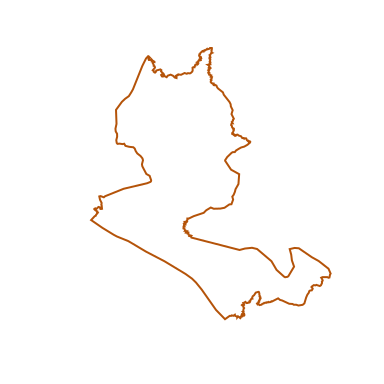 the district of Bueng Khong Long, Bueng Kan, Thailand, rotated 161°
{"feature_id": "78962969B81717267751176", "entity_name": "Bueng Khong Long", "entity_type": "district", "adm_level": 2, "iso_a3": "THA", "parent_name": "Thailand", "parent_adm1": "Bueng Kan", "projection": "albers", "projection_center": [104.048, 18.031], "detail": "fine", "context": "isolated", "style": "outline", "palette": "amber", "viewbox_px": 384, "rotation_deg": 161, "n_neighbors": 0, "source": "geoboundaries", "source_scale": "gbopen_adm2", "svg_char_len": 6018}
<svg xmlns="http://www.w3.org/2000/svg" viewBox="0 0 384 384"><g transform="rotate(161 192 192)"><path d="M296.5,198.3L288.4,187.3L279.9,177.0L277.5,174.4L268.2,166.3L254.9,150.6L240.5,135.4L224.8,116.6L220.2,110.1L217.7,105.1L214.6,96.6L207.7,72.7L202.2,61.0L196.7,62.6L195.3,62.1L194.5,62.4L193.3,61.5L191.4,62.0L191.5,60.8L189.9,59.5L190.1,58.7L189.0,59.5L187.4,57.0L186.8,57.4L186.9,58.1L186.3,58.1L185.0,59.7L184.5,58.1L183.7,58.6L182.9,58.2L182.5,58.6L182.4,59.6L183.1,59.6L183.5,60.3L182.6,60.5L182.9,61.7L182.4,62.0L182.8,62.5L182.3,62.6L181.4,64.6L180.5,65.3L180.9,66.7L180.5,67.5L181.1,68.1L180.2,68.2L180.7,69.0L179.5,68.9L179.6,70.2L179.1,70.0L178.6,70.5L177.2,70.7L176.8,69.3L175.3,68.9L174.6,69.3L173.6,68.8L173.0,69.2L173.0,70.1L172.1,70.2L171.6,71.1L170.5,71.7L169.6,71.5L169.5,72.5L168.6,73.6L166.9,74.2L164.5,76.1L161.8,76.0L161.4,75.8L161.3,74.3L161.8,72.9L161.7,71.7L162.2,71.1L161.7,70.1L162.1,69.6L161.7,69.7L161.8,69.0L163.1,68.1L163.5,67.3L164.2,67.3L164.6,66.8L164.5,66.2L165.2,66.1L165.3,65.6L166.8,65.4L166.6,64.3L165.5,64.3L165.0,63.1L162.9,62.8L161.9,63.4L160.5,63.2L159.9,63.7L158.6,63.3L157.8,63.5L157.5,63.0L155.7,63.2L155.6,62.8L153.7,62.4L152.5,62.8L152.2,62.4L145.2,63.4L143.9,61.3L142.1,60.1L136.5,54.7L133.4,53.4L132.5,52.3L130.2,51.5L128.3,50.0L124.1,49.3L122.0,50.1L118.4,55.1L116.3,57.4L114.4,58.7L113.4,60.1L112.4,60.4L110.8,60.0L109.6,61.0L109.3,61.5L110.0,63.1L109.8,63.5L107.2,64.3L105.6,63.5L104.7,63.7L101.8,61.5L100.5,61.8L98.7,63.6L98.3,65.1L97.3,65.6L97.2,66.6L97.7,68.9L96.3,69.0L91.7,67.4L90.9,66.5L89.9,66.4L88.3,69.1L87.5,69.7L87.9,75.0L94.7,85.5L99.9,91.3L109.3,104.0L113.2,105.7L118.2,106.2L118.6,100.4L119.8,94.8L119.8,88.2L128.2,81.1L129.3,80.7L131.7,81.1L132.5,82.0L137.4,90.8L139.4,100.7L149.0,116.9L153.4,119.7L160.3,121.3L165.9,121.7L207.4,149.1L207.4,150.9L207.0,151.0L207.4,151.4L208.1,151.4L208.3,150.9L208.9,151.3L208.4,151.8L209.2,152.9L208.7,154.5L209.7,154.5L209.6,155.0L210.1,155.2L209.3,155.5L209.1,156.3L210.1,156.2L210.4,155.6L210.4,156.1L211.0,156.0L210.8,156.6L210.3,156.7L210.4,157.4L211.1,157.6L210.8,157.8L211.1,158.2L211.1,159.7L211.9,160.3L211.2,161.5L211.4,161.8L211.0,162.3L210.5,162.1L210.7,162.7L210.0,164.0L208.8,163.3L208.3,164.3L209.0,164.8L208.0,165.0L208.4,165.6L207.6,165.5L207.8,165.9L206.7,165.6L206.1,165.9L206.2,166.8L205.1,167.4L205.0,168.4L203.4,168.0L198.2,168.6L187.7,168.5L184.5,170.1L179.3,171.2L176.9,169.1L170.6,167.1L166.4,166.5L160.7,168.1L158.7,167.6L155.6,171.4L155.4,174.5L153.5,175.8L151.3,178.3L150.0,180.4L145.5,184.4L141.6,193.5L147.8,200.4L150.5,210.7L150.3,211.3L147.3,213.6L141.7,216.2L140.5,216.4L138.5,215.8L136.9,216.9L133.8,217.6L131.0,218.1L127.8,217.9L124.2,218.6L121.7,219.6L121.8,220.2L121.1,219.9L120.6,220.4L120.9,221.2L122.1,221.1L122.2,222.2L122.7,222.2L123.2,223.2L123.3,225.0L125.0,225.8L125.4,225.5L125.8,226.3L126.9,226.6L127.5,228.7L129.6,230.3L130.2,231.4L131.4,231.6L132.1,231.0L132.8,231.0L132.8,231.4L133.1,231.3L133.7,232.0L133.4,232.7L133.8,233.3L134.5,233.2L135.1,233.8L134.9,234.4L134.2,234.3L134.2,235.0L133.2,235.7L132.6,237.0L132.2,237.0L131.8,238.2L132.6,238.6L132.5,239.2L133.0,239.9L132.8,241.8L133.2,242.4L132.8,243.3L132.1,244.0L131.2,243.7L131.5,245.3L130.0,246.1L129.8,246.9L128.6,247.6L129.3,252.8L126.9,256.1L127.4,260.3L126.9,262.4L127.2,264.8L130.3,273.7L130.3,276.1L133.8,281.6L134.3,283.6L134.2,284.6L135.7,286.2L136.2,285.7L136.7,286.0L137.0,287.4L136.6,287.7L138.0,288.5L138.5,290.0L137.9,291.1L137.4,291.2L137.6,292.2L136.7,292.5L136.6,293.2L136.1,293.5L136.5,294.3L136.0,294.5L136.4,294.9L136.1,295.4L136.6,295.4L136.1,296.2L136.5,297.1L137.5,297.2L137.8,299.3L137.0,299.4L137.3,300.0L136.6,301.1L136.9,301.7L136.3,301.8L136.3,302.2L135.6,302.2L135.6,302.9L134.1,303.2L134.2,303.8L135.5,304.3L134.9,304.9L134.8,306.1L135.6,307.1L133.2,306.7L133.2,307.6L133.6,307.8L133.3,308.2L132.9,307.9L132.8,309.3L132.4,309.2L132.5,310.0L131.6,311.1L132.1,312.4L131.8,313.1L131.3,313.0L131.3,313.6L130.7,313.6L130.8,315.7L129.9,315.8L129.0,316.9L127.7,317.0L128.2,317.5L127.4,319.2L127.5,319.8L126.6,320.7L126.4,321.7L128.1,322.3L128.9,321.8L130.5,321.8L131.1,321.9L131.2,322.4L133.3,321.6L134.0,322.0L134.4,321.5L135.7,321.8L135.7,321.2L136.6,321.6L138.7,320.8L139.5,319.8L140.1,319.9L140.9,318.6L140.7,317.1L139.9,317.2L139.6,316.6L139.7,316.0L140.0,316.2L140.7,315.5L140.5,315.3L141.4,315.1L140.6,314.3L140.7,313.8L143.3,313.9L143.8,313.2L145.0,313.0L144.2,311.9L144.8,311.7L144.9,310.9L145.3,310.8L145.4,311.5L147.3,311.3L147.6,310.4L148.1,310.5L149.0,309.1L150.1,309.6L151.0,309.4L151.7,306.9L152.5,305.8L154.2,305.0L155.3,304.8L157.2,305.7L158.4,305.5L160.3,306.9L164.2,306.4L166.3,307.4L167.2,307.1L167.2,307.6L169.4,307.1L169.4,305.5L170.0,305.7L170.0,305.1L171.0,305.8L172.1,308.1L174.0,309.9L177.0,309.9L178.6,308.8L180.1,310.3L180.3,311.8L181.9,310.6L182.8,311.1L183.1,312.7L180.7,313.6L182.0,316.1L181.3,317.2L182.0,318.2L186.2,318.5L187.3,317.2L188.0,316.9L188.5,317.2L189.1,318.3L188.8,319.2L189.4,319.9L186.6,321.6L186.4,322.1L186.5,323.2L187.2,323.8L186.8,324.7L187.2,327.0L186.3,327.7L185.2,327.1L185.1,327.4L186.7,329.4L187.4,329.2L187.2,330.0L189.8,330.9L189.8,331.7L189.1,332.3L189.6,333.0L188.9,333.5L188.2,333.0L188.9,334.5L189.2,334.7L192.0,333.2L197.9,327.4L214.4,308.3L217.1,305.9L220.5,303.2L224.9,301.9L228.9,300.1L237.1,294.4L241.2,281.0L243.8,276.7L244.4,274.1L243.9,271.4L244.8,268.6L246.7,265.7L247.2,262.9L246.8,261.8L244.7,261.3L242.1,259.9L240.4,259.7L239.9,257.3L236.7,255.2L232.9,253.4L232.0,251.7L231.9,249.0L231.2,246.3L228.9,242.7L227.9,239.9L228.0,238.0L230.3,234.5L230.6,232.4L229.3,223.9L226.8,221.1L226.8,216.4L227.2,215.6L227.9,215.1L231.6,214.9L255.6,217.3L275.5,216.3L277.1,215.7L279.8,217.9L281.1,218.0L281.5,214.6L281.0,211.0L281.9,209.5L281.7,209.1L282.5,205.7L283.2,206.2L283.5,205.6L284.1,205.8L284.1,207.5L285.3,208.3L288.2,207.0L288.7,208.0L289.8,207.9L290.0,207.5L289.1,205.9L287.8,204.4L288.3,203.7L287.8,203.1L290.2,201.6L290.7,200.9L291.9,200.8L296.5,198.3Z" fill="none" stroke="#b45309" stroke-width="2"/></g></svg>